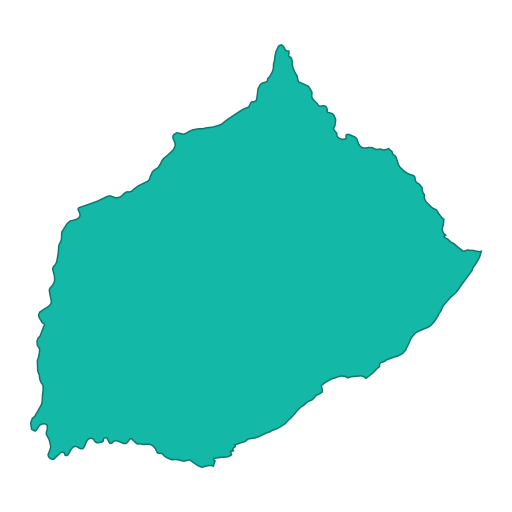 San José De Pare, Boyacá, Colombia (Albers equal-area conic projection)
{"feature_id": "7082276B89227279129415", "entity_name": "San José De Pare", "entity_type": "district", "adm_level": 2, "iso_a3": "COL", "parent_name": "Colombia", "parent_adm1": "Boyacá", "projection": "albers", "projection_center": [-73.534, 6.001], "detail": "fine", "context": "isolated", "style": "filled", "palette": "teal", "viewbox_px": 512, "rotation_deg": 0, "n_neighbors": 0, "source": "geoboundaries", "source_scale": "gbopen_adm2", "svg_char_len": 5955}
<svg xmlns="http://www.w3.org/2000/svg" viewBox="0 0 512 512"><path d="M481.3,251.3L480.3,251.6L479.0,251.7L472.3,250.3L469.6,250.4L468.1,249.9L466.8,250.2L465.1,250.9L462.6,251.1L462.0,250.9L461.6,249.9L457.0,246.4L455.0,244.5L453.5,243.4L450.6,241.9L448.0,239.3L445.8,238.2L443.9,236.6L444.6,235.7L445.7,235.3L445.2,234.6L443.8,233.6L442.4,230.9L442.2,229.9L442.3,228.1L442.7,226.5L443.1,225.8L443.4,224.3L443.8,220.4L443.8,219.1L443.1,218.8L441.1,216.8L438.2,212.9L437.8,211.9L436.6,210.2L435.7,209.5L433.0,208.3L431.2,207.0L425.8,201.5L424.5,198.7L424.3,196.8L424.6,194.9L423.1,193.0L422.5,191.3L422.2,188.0L419.7,184.6L418.9,183.9L416.9,182.8L415.9,181.7L415.0,179.1L415.0,177.6L414.3,176.2L412.9,175.3L410.4,174.7L406.8,173.0L403.7,170.8L399.8,167.0L398.3,164.5L397.1,160.3L395.7,156.4L392.9,154.2L392.4,153.3L392.4,152.5L392.0,151.7L391.3,150.9L389.3,149.4L388.8,148.6L386.8,149.4L383.6,150.0L380.2,149.0L377.3,149.5L374.6,149.0L372.4,147.6L368.8,147.5L365.5,148.1L362.1,147.7L359.9,145.8L358.4,143.6L357.1,139.5L356.6,138.6L354.7,136.9L348.8,134.4L347.4,134.4L346.3,134.8L346.0,136.0L346.2,137.4L346.0,138.2L345.7,138.7L344.7,139.1L342.7,139.4L340.2,138.8L337.9,137.4L337.2,136.6L336.9,136.0L336.9,134.1L336.7,133.2L334.8,131.0L333.5,129.1L333.6,128.3L334.9,125.7L335.7,120.0L335.4,118.7L333.8,115.2L332.3,113.7L329.8,112.8L327.6,112.3L327.0,111.5L327.4,109.8L327.0,108.8L326.4,107.1L325.4,106.2L323.8,105.7L323.0,105.7L320.4,106.2L319.7,106.2L318.4,105.5L316.8,103.1L314.5,100.9L312.3,98.4L311.7,96.2L312.0,92.9L311.8,91.9L309.2,87.4L308.3,86.4L307.5,85.8L300.4,82.6L299.2,82.3L298.5,81.6L297.9,80.2L297.4,77.0L296.8,75.3L295.2,72.9L293.2,68.6L292.5,65.7L292.2,61.3L291.7,59.1L290.8,57.3L289.7,57.0L288.9,56.3L288.6,55.6L289.0,53.5L288.8,51.0L287.4,51.1L286.2,50.8L285.1,49.5L283.8,46.9L282.5,45.4L281.2,44.8L279.7,45.3L278.3,46.6L276.0,51.5L274.8,57.2L274.5,60.6L273.5,64.0L273.4,68.1L272.6,71.3L269.9,76.4L267.7,78.6L267.4,81.1L266.4,81.8L262.0,83.2L260.3,84.7L258.1,88.6L257.0,97.0L256.3,100.6L253.7,101.8L252.0,101.7L250.7,102.8L249.6,105.5L248.5,107.1L244.5,108.6L242.4,109.6L228.6,118.7L224.3,121.9L222.1,123.9L219.2,125.2L213.0,127.1L206.5,127.8L203.2,128.7L199.1,128.7L192.9,129.8L189.5,131.2L186.4,133.1L183.6,134.2L178.3,133.0L176.6,132.9L174.1,134.3L172.9,136.0L173.1,138.6L174.4,141.4L175.1,143.7L175.2,145.7L174.4,147.7L173.1,150.0L167.9,155.0L163.6,158.5L162.2,160.3L160.5,163.7L158.3,167.4L153.5,170.7L152.2,172.3L150.3,176.6L149.4,179.5L147.9,181.1L138.4,185.8L135.1,188.2L131.4,191.4L129.3,191.9L126.6,191.9L124.0,193.5L122.6,195.2L120.4,196.8L117.1,197.9L115.1,197.7L111.3,196.2L109.7,195.8L107.3,196.4L97.4,201.2L78.8,207.8L78.0,209.3L79.3,212.2L80.1,214.8L79.7,216.5L79.0,217.5L77.1,219.1L73.0,220.4L70.7,220.8L68.9,222.0L67.0,223.8L62.8,230.4L62.0,231.6L61.6,233.7L61.6,237.5L61.3,239.7L60.8,241.6L59.3,244.1L58.8,245.9L58.2,253.3L56.8,261.3L56.3,262.8L54.9,265.2L53.2,267.0L52.6,269.0L54.3,275.4L54.6,278.6L54.6,280.8L53.7,283.1L52.0,286.1L50.3,287.7L49.3,289.6L49.6,292.8L51.2,300.4L51.2,303.2L49.7,305.3L47.8,306.9L42.3,310.3L39.7,312.2L38.9,314.0L38.7,315.7L39.2,317.6L42.2,322.7L43.8,323.6L44.6,325.0L43.6,326.8L40.0,336.2L38.4,337.8L37.7,339.1L37.0,341.3L37.4,345.5L39.4,348.4L39.6,350.2L39.3,353.3L38.4,357.6L37.3,360.8L37.7,369.7L37.9,371.5L39.4,375.3L39.7,378.7L40.4,381.0L41.6,383.4L42.6,384.6L43.1,386.2L43.1,390.2L42.5,394.9L42.2,401.0L41.6,404.1L40.0,407.2L34.8,416.3L32.3,418.5L31.1,421.7L30.7,423.2L31.6,429.3L34.2,430.8L35.3,431.0L36.1,430.5L39.3,425.5L40.7,424.6L42.8,423.9L44.6,423.8L45.9,424.2L46.8,424.9L47.2,426.0L47.3,427.7L47.1,429.9L46.4,432.1L46.3,434.4L48.9,439.1L49.8,442.1L50.7,446.6L50.1,449.5L48.1,454.5L48.2,455.7L49.1,457.5L50.2,458.5L52.3,459.4L53.1,459.4L54.0,459.0L60.4,452.8L61.6,452.3L63.2,452.3L64.0,452.8L64.6,453.6L65.1,455.2L66.2,455.6L67.8,455.0L68.6,453.9L71.2,449.2L72.9,447.3L73.8,446.8L75.1,446.5L76.2,446.5L77.3,446.8L79.4,448.2L80.7,448.7L82.5,448.7L83.1,448.4L84.4,446.5L86.4,441.7L87.2,440.4L88.2,439.2L90.1,438.3L92.0,438.4L93.0,438.9L93.8,439.7L94.9,441.4L95.9,442.3L96.6,442.7L97.8,442.8L102.5,441.9L103.1,441.2L103.4,439.1L103.9,438.4L104.7,437.8L106.3,437.7L107.2,438.3L109.0,442.3L109.6,443.0L110.7,443.4L111.6,443.2L112.4,442.7L113.6,441.4L114.6,440.9L116.0,440.7L117.6,441.0L123.9,443.6L126.2,443.4L127.8,441.9L129.6,439.3L130.2,438.8L131.2,438.6L132.0,439.2L136.5,443.5L137.8,444.0L140.3,443.8L143.3,444.5L147.0,444.2L148.9,444.3L150.7,444.6L152.9,445.7L155.4,448.6L157.2,452.5L158.0,453.1L159.2,453.4L161.4,453.3L162.5,454.0L165.0,456.5L166.7,457.6L171.0,459.5L172.5,459.7L176.0,459.5L177.4,459.6L183.4,461.1L184.9,461.0L188.9,459.9L189.8,460.0L198.2,465.8L200.8,466.9L202.2,467.2L208.7,465.5L212.3,465.7L213.4,466.2L214.3,462.8L215.1,461.1L213.5,459.1L213.8,458.4L219.7,457.5L227.8,456.8L230.7,455.5L231.5,454.7L230.5,451.4L233.5,450.9L233.5,450.7L232.6,449.5L232.7,449.0L233.1,448.3L235.2,446.7L235.4,446.4L234.8,444.9L240.7,442.8L244.8,441.6L246.1,440.7L247.6,439.3L248.8,438.8L254.8,438.0L258.8,436.7L266.9,432.7L269.0,432.2L272.6,430.2L276.1,429.1L278.4,427.9L285.0,423.8L289.2,419.3L291.3,417.5L295.3,413.1L297.3,410.5L300.5,407.3L304.2,404.9L306.7,402.6L308.4,401.4L312.3,399.7L316.8,394.8L317.8,394.7L320.6,393.2L322.4,391.8L322.2,389.4L321.3,385.6L325.5,382.3L332.3,378.6L334.8,378.0L337.5,376.9L341.3,376.0L344.7,376.3L346.5,377.0L347.7,377.9L350.6,376.8L361.0,375.8L364.4,376.9L365.6,378.2L366.0,378.3L372.8,373.0L377.0,368.6L379.4,366.7L379.7,363.7L380.5,362.8L384.8,361.3L386.0,360.4L386.5,359.8L394.7,356.9L397.1,356.3L401.4,354.2L403.1,353.0L405.8,349.9L406.3,348.5L409.4,342.3L410.3,339.6L412.4,336.5L414.6,333.9L416.3,332.5L418.2,331.3L420.4,330.6L422.4,329.5L428.0,327.3L429.6,326.3L431.8,324.4L434.6,321.3L437.7,316.3L439.1,313.4L440.7,311.4L442.8,306.6L444.2,304.5L450.2,297.7L455.8,292.7L458.8,288.9L460.5,286.2L471.8,270.8L472.3,269.9L472.7,268.1L475.9,263.7L479.5,257.3L481.3,251.3Z" fill="#14b8a6" stroke="#0f766e" stroke-width="1.5"/></svg>